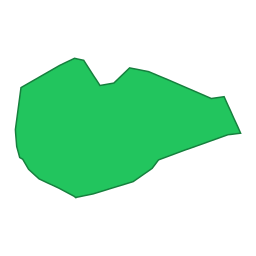 Al Hissn, Sana'a, Yemen (Mercator projection)
{"feature_id": "15242507B2313194184175", "entity_name": "Al Hissn", "entity_type": "district", "adm_level": 2, "iso_a3": "YEM", "parent_name": "Yemen", "parent_adm1": "Sana'a", "projection": "mercator", "projection_center": [44.477, 15.021], "detail": "fine", "context": "isolated", "style": "filled", "palette": "green", "viewbox_px": 256, "rotation_deg": 0, "n_neighbors": 0, "source": "geoboundaries", "source_scale": "gbopen_adm2", "svg_char_len": 1025}
<svg xmlns="http://www.w3.org/2000/svg" viewBox="0 0 256 256"><path d="M70.6,60.2L69.5,60.7L66.5,62.1L59.5,65.5L21.0,87.6L19.9,95.9L15.4,129.5L15.6,133.0L16.3,141.5L16.7,146.5L18.5,153.0L18.9,154.5L19.7,157.5L22.7,159.2L23.6,160.7L24.1,161.6L28.6,169.3L33.9,174.2L36.0,176.1L39.1,178.9L40.6,179.6L47.3,182.8L58.8,188.1L68.9,193.5L73.8,196.1L74.1,196.3L75.5,197.4L75.9,197.7L76.3,197.3L79.6,196.7L84.7,195.6L86.3,195.3L93.1,193.9L95.4,193.2L103.9,190.6L110.6,188.5L131.6,182.1L133.2,181.6L152.1,168.4L153.4,166.7L155.9,163.4L158.5,159.9L182.9,150.8L187.0,149.3L187.5,149.2L220.2,137.5L228.0,134.7L231.1,134.4L236.5,133.7L240.6,133.2L237.7,126.6L233.7,118.0L232.4,115.1L230.2,110.1L228.4,106.3L226.6,102.3L224.1,96.7L211.3,98.5L173.0,81.9L169.8,80.5L157.8,75.5L148.8,71.7L136.4,69.2L133.2,68.6L129.6,67.9L113.8,83.1L111.3,83.5L99.9,85.5L99.5,84.8L99.4,84.6L96.1,79.5L94.0,76.4L84.0,60.8L83.7,60.3L77.1,58.9L76.4,58.7L74.5,58.3L72.9,59.1L72.2,59.4L70.8,60.1L70.6,60.2Z" fill="#22c55e" stroke="#15803d" stroke-width="1.5"/></svg>